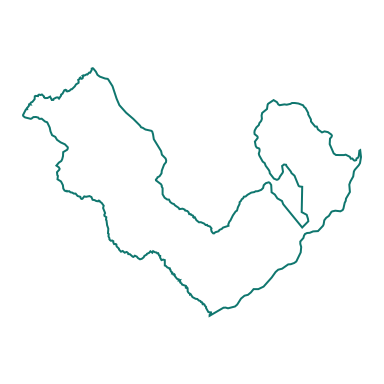 Januária, Minas Gerais, Brazil (Robinson projection)
{"feature_id": "56859067B69142797953958", "entity_name": "Januária", "entity_type": "district", "adm_level": 2, "iso_a3": "BRA", "parent_name": "Brazil", "parent_adm1": "Minas Gerais", "projection": "robinson", "projection_center": [-44.822, -15.321], "detail": "fine", "context": "isolated", "style": "outline", "palette": "teal", "viewbox_px": 384, "rotation_deg": 0, "n_neighbors": 0, "source": "geoboundaries", "source_scale": "gbopen_adm2", "svg_char_len": 5924}
<svg xmlns="http://www.w3.org/2000/svg" viewBox="0 0 384 384"><path d="M91.7,68.6L91.7,70.0L90.2,72.7L89.2,72.6L87.4,74.5L86.7,74.3L84.5,75.5L83.4,75.3L82.5,75.8L83.0,76.5L82.6,78.3L81.7,78.8L80.8,78.4L80.3,77.6L79.7,78.1L79.5,79.1L78.2,79.9L78.7,81.9L78.5,82.9L76.0,84.4L74.8,86.4L71.9,89.2L71.2,89.2L69.4,90.8L67.4,91.4L66.5,91.2L66.4,90.2L65.5,89.8L64.3,90.3L62.5,93.7L61.1,94.6L61.1,95.6L59.0,98.6L57.9,97.4L56.3,97.5L53.5,99.0L53.3,99.9L51.8,100.0L50.1,96.6L47.5,98.0L45.1,98.1L44.0,97.3L44.0,96.5L41.9,94.5L40.6,95.0L39.1,94.6L38.2,95.2L38.0,96.1L35.5,95.9L34.8,96.3L34.6,99.2L32.4,101.9L31.2,102.4L30.0,103.8L30.5,104.5L29.1,104.4L28.7,106.2L27.0,108.0L27.2,109.2L25.9,109.4L23.0,115.1L23.4,116.2L25.0,117.4L30.6,118.8L31.5,118.6L33.4,117.1L36.0,117.0L38.3,117.6L38.8,118.5L39.7,118.9L41.7,118.7L45.0,121.5L47.2,122.3L49.7,127.5L50.5,131.4L52.1,135.2L55.3,136.9L57.0,139.8L60.7,142.4L64.9,144.3L67.8,147.3L67.7,148.8L67.1,149.8L63.2,152.1L63.0,156.1L62.2,159.2L61.3,161.0L58.9,162.6L56.4,165.6L58.8,167.3L59.6,168.7L59.4,169.6L57.0,172.2L57.3,175.1L57.9,175.9L57.5,179.3L60.8,181.3L61.4,182.2L62.9,185.2L63.3,188.6L64.6,190.6L66.4,191.3L66.9,190.9L67.6,191.4L69.2,191.2L70.5,192.3L72.2,192.6L73.8,193.6L75.6,193.6L77.6,196.0L80.3,196.8L80.8,198.3L81.4,198.9L82.4,198.8L84.3,196.4L86.0,196.8L89.5,196.1L91.4,197.0L92.6,199.8L94.6,200.1L96.2,201.0L98.1,201.3L98.7,200.6L99.5,200.8L100.2,201.9L101.6,202.8L103.7,205.7L103.1,208.0L105.1,213.1L104.3,214.8L104.5,215.9L106.3,217.2L106.0,219.8L106.5,220.4L107.1,225.2L108.3,228.7L108.0,233.3L108.7,234.0L108.5,236.4L109.4,238.2L109.4,239.3L110.0,240.1L111.0,240.8L112.1,240.5L113.3,241.2L113.3,242.5L114.1,244.1L115.7,244.0L116.4,244.5L116.4,245.8L116.9,246.7L118.9,248.6L119.0,249.5L121.0,251.7L122.7,251.0L124.7,252.7L126.5,252.0L127.2,252.3L128.2,253.3L128.3,254.1L129.9,254.2L132.7,256.7L133.5,256.9L134.8,255.7L136.8,256.6L138.0,258.1L140.0,259.3L141.8,258.8L143.7,257.3L144.4,255.9L146.6,254.6L147.0,253.8L149.2,252.8L150.4,251.3L152.3,252.7L153.1,251.2L155.1,252.3L156.5,252.5L157.3,253.4L158.2,253.2L159.2,255.6L160.2,255.9L160.1,257.6L161.5,260.1L163.2,259.6L164.8,260.1L164.8,265.5L165.7,265.8L167.4,267.5L169.9,268.4L169.8,269.4L170.5,269.9L170.9,271.5L172.3,272.5L172.0,273.6L172.9,273.8L173.4,274.6L174.3,274.2L174.8,274.9L174.8,276.0L177.0,278.8L178.7,279.4L178.6,280.5L180.1,280.2L179.7,281.1L180.3,281.6L180.2,282.5L181.6,283.5L182.1,284.6L185.9,285.9L185.8,287.7L186.4,288.0L187.1,287.5L187.6,288.2L187.7,291.5L188.8,293.1L190.0,293.7L190.0,294.6L190.8,294.4L192.5,297.1L195.6,298.8L197.3,299.0L198.8,300.5L200.4,301.0L200.9,302.0L201.9,302.2L202.6,304.0L203.2,303.6L204.5,304.6L204.6,305.4L206.1,307.0L206.0,307.9L208.4,312.1L211.0,312.4L210.9,313.2L209.6,314.9L209.6,315.8L223.5,307.7L225.6,307.6L228.0,308.3L235.0,306.5L237.2,304.6L241.0,298.6L244.5,295.7L248.0,294.8L250.9,292.4L253.6,289.1L258.4,289.1L263.6,286.6L271.7,277.5L275.6,272.0L278.2,269.7L282.1,268.7L288.2,264.4L290.8,264.2L294.2,263.0L296.3,261.5L300.7,252.4L301.2,247.0L300.3,243.9L300.3,241.5L303.4,238.0L304.0,235.7L305.0,234.0L307.1,233.0L309.8,232.8L313.1,231.4L318.0,231.1L322.9,225.9L323.6,224.5L324.3,220.3L326.2,217.8L328.9,215.9L331.3,212.0L332.2,211.4L335.3,210.7L340.4,211.3L342.6,210.1L343.4,208.7L344.7,202.8L345.7,200.9L346.0,198.6L349.9,192.0L349.3,184.6L350.4,181.5L353.2,176.5L353.9,171.5L354.8,169.8L358.8,165.2L360.0,163.1L361.0,157.0L360.2,150.2L359.4,150.7L358.7,156.5L357.9,157.8L356.6,158.4L356.2,160.1L354.8,160.6L353.9,160.3L352.3,158.5L350.8,158.7L349.8,156.8L345.7,154.7L343.8,155.1L336.0,155.0L333.7,153.4L329.7,144.2L330.0,138.6L331.5,136.9L331.9,135.7L331.4,134.6L327.9,132.1L324.5,131.4L322.0,132.4L317.9,129.4L316.8,126.6L315.2,126.6L311.0,121.5L310.9,119.4L308.2,114.4L308.2,113.0L305.5,108.0L304.2,107.1L303.1,105.3L298.4,103.5L294.8,103.0L292.0,103.0L290.4,103.9L286.7,104.7L284.4,104.4L279.6,105.2L278.3,104.4L277.0,102.2L273.6,100.1L268.1,103.8L267.6,104.8L267.0,109.0L262.2,112.9L261.6,115.5L261.9,118.8L261.2,120.9L259.4,123.1L258.8,125.1L256.4,127.4L254.7,130.5L254.4,132.3L254.6,134.1L257.3,136.3L257.7,137.1L257.6,138.1L254.9,141.6L255.7,145.9L256.7,147.6L259.0,148.4L259.5,149.2L259.6,150.9L258.8,153.7L259.3,155.5L262.7,161.6L264.7,163.1L265.7,165.8L268.6,169.7L269.5,171.3L269.8,173.3L273.9,178.6L276.8,179.8L277.7,179.6L279.1,178.4L279.9,176.6L282.6,172.8L283.0,171.7L282.1,166.0L284.0,164.5L286.1,164.8L286.4,165.9L290.8,171.5L291.5,173.1L294.5,175.7L298.6,185.8L299.4,186.4L302.2,186.8L301.7,212.1L306.7,214.8L308.0,218.9L308.3,221.3L302.2,227.5L283.2,204.2L282.0,201.0L277.4,198.4L274.8,194.5L271.6,192.3L271.2,185.0L269.9,183.0L268.8,182.3L266.0,183.1L264.4,184.5L263.7,185.3L263.1,188.0L261.3,189.8L257.8,191.2L255.6,191.3L254.2,192.1L251.3,192.6L247.5,194.8L245.6,196.5L243.9,196.7L243.1,198.3L241.7,199.3L241.0,200.8L239.6,202.2L239.6,203.9L237.9,207.3L237.0,210.6L235.6,211.5L232.9,215.4L230.3,220.7L229.5,221.4L228.3,224.3L228.5,225.8L223.0,227.6L221.8,228.9L219.5,229.9L218.5,231.3L215.4,232.2L214.0,233.4L213.1,233.3L211.6,231.5L211.1,229.3L211.5,228.4L210.0,226.5L207.5,225.7L207.1,224.9L205.6,225.0L204.2,223.6L200.9,222.2L199.0,222.3L196.4,220.2L194.8,217.3L193.9,217.7L193.2,217.1L193.4,216.4L193.0,215.6L191.0,214.8L190.7,214.1L189.2,214.1L188.6,212.3L187.3,211.0L185.1,210.5L184.7,209.6L182.6,208.7L179.4,209.1L178.6,207.8L174.9,205.3L173.9,204.0L172.4,203.6L170.3,202.1L169.0,199.6L167.2,199.5L164.6,197.7L162.6,194.3L162.6,188.2L161.7,186.6L161.8,185.7L161.1,184.3L156.0,180.4L155.9,179.6L157.2,178.2L157.5,177.3L159.5,176.3L161.5,173.4L161.8,170.6L164.1,164.6L166.0,162.2L166.2,160.4L165.6,158.5L161.9,154.7L161.1,151.1L153.8,139.2L153.0,134.1L152.2,131.5L151.3,130.8L145.4,129.5L142.7,127.8L141.1,127.3L140.0,125.6L133.3,118.9L126.1,112.7L119.4,105.2L116.6,98.7L112.5,86.2L108.4,79.7L107.7,78.9L105.0,78.5L99.8,76.6L97.5,74.9L95.9,71.7L93.6,68.9L92.8,68.2L91.7,68.6Z" fill="none" stroke="#0f766e" stroke-width="2"/></svg>